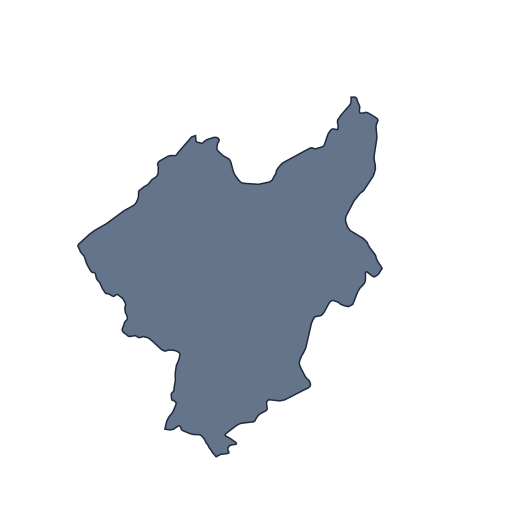 outline of Daykundi, rotated 320°
{"feature_id": "AFG-1753", "entity_name": "Daykundi", "entity_type": "Province", "adm_level": 1, "iso_a3": "AFG", "parent_name": "Afghanistan", "parent_adm1": "", "projection": "robinson", "projection_center": [66.112, 33.734], "detail": "fine", "context": "isolated", "style": "filled", "palette": "slate", "viewbox_px": 512, "rotation_deg": 320, "n_neighbors": 0, "source": "natural_earth", "source_scale": "10m", "svg_char_len": 5170}
<svg xmlns="http://www.w3.org/2000/svg" viewBox="0 0 512 512"><g transform="rotate(320 256 256)"><path d="M430.9,195.4L434.0,197.9L434.3,199.1L434.4,200.3L433.3,202.4L431.7,207.8L431.2,208.6L430.7,209.2L428.9,210.8L427.8,212.3L427.7,213.3L428.2,214.1L430.0,215.3L432.4,216.5L432.7,216.7L433.6,218.0L434.8,221.0L437.1,228.3L437.0,229.7L436.4,230.7L432.9,232.6L431.7,233.5L430.6,234.7L424.9,242.9L421.3,246.1L410.8,255.3L409.3,257.1L407.4,259.9L406.2,262.4L403.6,265.9L400.0,268.5L396.7,270.3L380.7,275.0L379.8,275.1L375.7,274.9L366.3,276.9L351.4,283.0L349.6,284.1L348.9,284.7L347.1,286.7L344.8,292.5L344.6,293.7L344.6,297.4L349.6,312.0L349.9,317.4L349.2,319.1L348.8,320.8L348.5,323.0L348.1,331.4L347.9,332.5L347.6,333.3L347.1,334.2L345.9,337.3L344.7,346.5L339.1,348.4L337.0,348.6L334.3,348.4L333.1,347.9L332.5,347.1L331.6,343.7L330.9,339.7L330.4,339.0L329.8,339.0L328.7,339.6L325.4,343.6L323.5,345.4L321.7,346.5L318.9,347.1L315.4,347.3L310.9,348.8L299.0,355.3L294.3,354.2L292.3,351.7L290.6,349.0L289.9,347.5L289.6,346.5L289.5,345.4L289.2,344.3L288.7,343.2L286.5,339.7L286.0,339.2L285.2,338.9L284.2,338.8L282.8,338.8L280.5,339.5L272.5,342.7L269.9,343.3L267.9,343.5L266.5,342.9L262.8,340.8L262.0,340.6L260.6,340.8L258.5,341.5L255.2,343.2L234.9,358.5L229.9,360.8L226.7,361.8L222.0,364.4L220.8,365.4L219.6,367.0L218.5,370.0L216.4,379.3L216.2,381.2L216.2,382.8L216.5,384.2L216.5,385.7L216.3,387.0L215.7,388.5L214.9,389.7L214.1,390.4L211.4,390.7L206.4,389.4L185.4,384.6L181.0,382.2L174.7,375.6L173.1,374.2L172.1,374.2L170.6,374.5L169.0,376.1L166.9,379.6L166.3,380.4L165.3,380.8L164.1,380.9L158.4,379.7L156.9,379.5L155.0,379.7L153.3,380.0L149.7,381.4L148.6,381.6L147.4,381.4L137.6,374.9L136.0,374.2L134.4,373.7L132.6,373.3L119.0,372.7L117.5,373.0L117.1,373.9L117.3,374.9L118.9,379.0L120.5,385.0L120.7,386.6L120.3,387.3L119.4,387.3L117.1,385.7L115.3,384.8L113.4,384.3L111.2,384.9L110.2,385.8L109.6,387.1L109.3,388.3L108.9,389.3L107.9,389.3L106.5,388.6L101.6,385.3L96.4,384.2L96.4,381.3L96.3,380.2L96.3,378.7L96.4,377.5L96.8,375.7L96.8,373.8L96.9,372.8L97.5,370.5L97.7,369.2L97.7,367.0L97.9,366.1L98.3,365.0L98.6,363.7L98.8,362.1L98.7,358.7L98.1,357.2L97.2,355.9L95.0,354.1L93.3,352.4L91.6,350.2L87.9,343.2L87.3,341.4L87.5,340.5L87.9,339.5L88.2,338.5L88.4,337.5L88.0,336.7L87.1,336.3L81.5,335.7L78.4,334.0L74.9,330.1L79.5,326.5L82.1,324.8L85.8,323.3L90.4,322.4L93.6,321.3L100.3,317.7L100.4,314.9L100.4,314.4L100.2,313.8L99.4,313.2L99.1,312.9L99.1,312.2L99.5,311.2L101.9,307.6L102.3,307.3L102.8,307.0L103.4,306.8L105.6,306.6L106.2,306.4L106.7,306.2L107.2,305.9L107.6,305.4L107.9,304.9L108.4,304.4L113.9,299.8L118.9,293.7L124.5,288.8L125.3,288.3L127.7,287.2L130.3,285.8L134.5,282.6L134.9,281.8L135.0,280.8L134.4,278.6L133.4,276.7L131.2,274.2L128.5,271.9L125.0,270.3L123.5,267.1L122.1,256.0L121.0,250.0L120.0,248.0L118.9,246.9L118.3,245.7L117.9,245.3L117.4,244.9L116.3,244.5L115.3,244.2L114.8,244.0L114.4,243.7L113.8,243.1L113.5,242.7L113.3,242.1L113.1,241.3L112.9,240.5L112.5,239.8L112.0,239.2L107.5,236.5L107.0,235.9L106.7,235.4L106.5,234.9L106.1,232.2L105.9,231.4L105.6,230.5L105.4,230.1L105.3,229.5L105.4,228.7L105.6,227.5L106.1,226.5L106.9,225.8L110.9,223.6L111.8,222.9L112.2,222.6L112.8,222.3L113.5,222.1L116.5,221.8L117.1,221.6L117.7,220.7L118.7,218.9L119.7,215.2L122.2,211.3L124.2,210.2L125.6,208.1L126.6,203.3L125.5,197.3L125.1,196.6L124.4,195.8L122.3,195.7L121.5,195.6L121.0,195.4L120.6,194.9L120.2,194.2L119.3,191.6L118.9,190.7L118.5,190.0L118.0,189.4L117.6,189.0L117.0,188.5L116.8,187.7L117.3,182.5L118.2,179.6L119.2,175.6L119.1,173.4L119.1,171.9L119.4,170.5L121.5,166.5L121.6,165.6L121.2,164.5L120.7,164.0L120.2,163.5L119.9,163.2L119.8,161.9L119.9,160.1L120.8,155.3L121.6,152.4L123.9,146.6L124.3,145.0L124.1,143.2L124.2,140.2L126.0,133.7L127.7,132.9L143.2,132.3L149.5,132.8L162.1,135.1L184.3,136.5L194.9,138.6L196.7,138.5L198.7,138.0L201.7,136.6L203.6,135.4L204.9,134.2L207.2,131.4L207.6,131.0L208.8,130.8L215.0,131.0L218.3,131.7L219.4,131.7L225.6,130.6L230.0,131.2L231.7,131.0L233.5,130.1L234.7,129.2L238.1,125.3L238.7,124.4L239.8,122.1L241.2,121.5L243.3,121.3L252.1,122.9L254.0,123.6L255.3,124.3L256.0,124.8L258.2,126.9L259.1,127.3L260.0,127.4L260.9,127.3L262.4,126.7L283.3,123.4L287.1,124.9L284.1,129.0L283.9,129.8L283.9,130.7L285.5,132.8L286.7,134.9L292.7,135.2L298.0,137.2L300.1,138.2L301.3,139.1L302.3,140.3L302.7,141.4L302.7,142.5L302.4,143.4L301.9,143.9L301.2,144.3L299.4,144.9L298.5,145.4L296.3,147.3L295.2,148.4L294.6,149.5L294.4,150.5L295.2,157.9L297.7,164.3L297.6,165.6L297.2,167.7L293.1,176.3L292.0,179.8L291.5,185.8L291.6,188.6L292.0,190.5L292.7,191.5L294.4,193.5L304.0,202.7L313.6,207.8L317.2,208.3L321.6,206.4L323.6,205.9L324.4,205.5L325.1,204.8L326.6,203.8L328.8,202.9L333.9,202.0L336.7,201.9L366.4,208.0L367.7,208.5L368.5,209.2L369.0,210.1L369.5,210.9L369.9,211.5L370.2,211.8L371.0,212.4L377.3,215.1L378.6,215.1L379.6,214.9L389.0,209.2L390.7,208.5L393.4,207.7L395.0,207.6L395.9,207.7L396.3,207.9L397.0,208.5L399.5,211.4L400.0,211.5L400.4,211.2L400.9,210.7L402.1,209.7L402.6,209.1L403.9,206.6L404.5,205.8L405.2,205.0L406.1,204.3L411.7,202.7L425.5,200.5L427.1,199.6L428.5,198.4L430.9,195.4Z" fill="#64748b" stroke="#1e293b" stroke-width="1.5"/></g></svg>